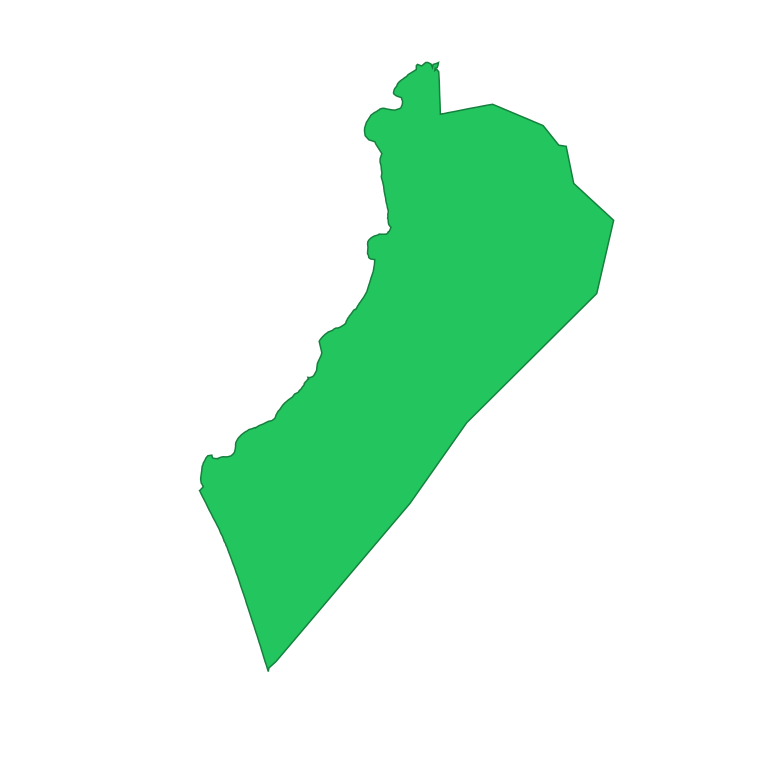 outline of Santa María Huazolotitlán, Oaxaca, Mexico, rotated 29°
{"feature_id": "50627088B3562448791337", "entity_name": "Santa María Huazolotitlán", "entity_type": "district", "adm_level": 2, "iso_a3": "MEX", "parent_name": "Mexico", "parent_adm1": "Oaxaca", "projection": "equal_earth", "projection_center": [-97.973, 16.191], "detail": "fine", "context": "isolated", "style": "filled", "palette": "green", "viewbox_px": 768, "rotation_deg": 29, "n_neighbors": 0, "source": "geoboundaries", "source_scale": "gbopen_adm2", "svg_char_len": 5242}
<svg xmlns="http://www.w3.org/2000/svg" viewBox="0 0 768 768"><g transform="rotate(29 384 384)"><path d="M505.5,129.5L476.4,122.4L452.7,116.6L428.1,87.8L421.1,90.4L398.0,80.9L397.5,80.9L366.6,84.2L343.4,86.7L338.6,90.5L327.9,99.4L325.2,101.6L313.8,111.3L307.6,116.4L307.5,116.6L305.7,118.1L305.5,118.3L304.1,119.5L303.9,119.4L302.5,120.7L297.5,112.3L296.6,110.8L292.6,104.3L289.4,98.9L285.8,92.8L280.5,84.4L277.6,83.2L276.5,85.2L275.6,83.0L277.1,81.3L276.7,79.1L276.3,78.0L275.8,76.4L274.7,78.0L272.0,80.7L272.9,83.7L270.1,81.4L266.5,81.5L264.6,82.6L262.7,87.6L258.4,88.2L257.9,89.7L259.8,93.4L255.1,101.7L254.6,104.4L254.1,105.0L253.8,105.6L253.4,106.2L253.0,107.4L252.5,108.6L251.9,109.5L251.7,110.3L251.1,111.6L250.7,112.8L250.4,114.5L250.4,115.7L250.8,117.7L250.5,118.4L250.3,119.3L250.2,120.6L250.3,122.0L250.7,123.4L251.0,124.3L251.2,124.9L251.7,125.3L252.5,125.7L255.1,126.0L257.7,125.6L259.2,125.3L260.7,125.2L261.5,126.4L263.2,127.7L264.3,130.2L264.5,131.0L264.9,134.4L263.8,135.9L262.4,137.4L260.9,139.1L258.3,140.3L255.5,141.3L255.1,141.5L254.4,141.6L253.9,141.8L253.5,142.0L252.7,142.3L252.3,142.4L251.3,142.5L250.7,142.8L249.9,143.1L249.0,143.6L248.3,144.3L247.8,144.9L247.2,145.4L247.0,145.7L246.9,146.6L246.3,147.2L245.7,148.7L245.1,149.8L244.5,150.5L244.2,151.1L243.7,151.9L243.1,153.4L242.3,155.0L241.9,162.0L241.9,162.3L241.8,163.0L241.8,163.8L241.9,164.4L242.1,165.2L242.1,165.4L242.1,165.6L242.2,165.9L243.0,169.5L243.9,171.5L244.3,172.2L247.2,176.0L252.4,177.8L255.7,177.1L258.8,176.6L260.3,178.0L270.4,183.5L271.4,188.8L272.9,191.7L274.0,192.9L275.0,193.9L276.0,195.0L276.3,195.5L276.6,196.0L277.3,197.1L277.7,197.6L279.1,199.5L280.0,200.6L280.3,201.7L281.1,204.0L282.2,205.3L282.8,205.8L283.6,206.6L285.6,208.7L286.2,209.4L287.6,211.0L290.7,215.3L291.7,216.5L294.6,219.9L295.2,220.5L295.8,221.4L296.2,222.0L297.3,223.4L298.6,224.9L299.8,225.9L301.1,227.7L302.1,228.8L303.6,230.2L304.5,231.9L304.9,233.5L306.2,235.6L306.9,237.5L307.5,237.8L307.8,238.2L308.4,238.9L308.9,239.8L309.6,240.8L310.3,241.6L311.1,242.4L311.3,242.4L313.7,243.6L314.1,243.5L314.5,246.2L314.5,247.8L313.9,249.2L314.3,249.5L313.5,251.6L313.4,251.8L308.9,254.4L307.1,255.2L307.1,255.3L306.7,256.3L306.4,256.6L303.5,259.6L301.9,262.4L301.5,263.6L301.0,265.4L300.9,267.4L301.7,269.4L303.7,272.2L305.7,276.6L306.5,278.1L308.0,279.0L309.4,280.8L311.5,281.2L315.6,279.7L317.5,283.7L320.1,291.0L321.2,297.3L321.7,299.5L322.5,303.0L322.7,304.5L323.4,307.7L323.8,309.8L324.2,311.2L324.2,314.4L324.2,314.5L324.2,317.7L324.2,317.8L323.7,322.1L323.6,323.7L323.6,323.8L323.3,325.3L323.3,326.8L323.1,328.7L323.2,330.1L323.3,330.3L323.1,332.3L322.9,332.2L322.1,333.5L321.7,334.1L321.5,336.1L321.1,339.6L320.7,341.2L320.8,342.1L320.7,343.0L320.5,343.7L320.5,344.7L320.6,345.8L320.6,347.0L320.6,347.9L321.1,349.1L320.5,351.2L318.1,355.5L316.9,357.0L316.3,357.5L314.7,358.5L313.5,360.4L313.0,361.8L313.0,362.0L310.6,364.9L310.0,365.5L309.5,366.8L308.5,368.9L307.4,372.4L306.7,375.9L306.6,378.1L314.3,386.6L315.0,388.7L315.3,391.7L315.5,395.4L315.8,398.4L318.5,405.0L318.5,410.4L318.0,412.2L316.0,414.4L314.2,415.1L315.5,416.3L315.2,416.4L314.8,417.6L315.0,418.5L314.4,419.9L314.2,420.3L314.2,420.5L314.3,420.9L314.3,421.3L314.2,421.4L314.0,421.9L314.0,422.0L314.1,422.3L314.2,422.7L314.5,423.2L314.5,423.7L314.4,424.2L314.4,424.3L314.5,424.4L314.4,424.8L314.3,425.1L314.0,426.4L314.0,427.0L313.9,428.7L313.6,429.5L313.3,430.0L313.3,430.3L313.3,430.6L313.2,431.0L313.0,431.5L313.2,431.9L312.9,433.1L310.7,436.1L310.2,439.9L308.2,443.9L307.7,445.3L306.2,449.3L306.1,449.9L305.7,451.5L305.5,453.5L305.2,457.1L304.6,458.9L304.6,463.3L305.2,466.3L305.1,467.2L303.7,470.4L301.1,472.6L299.2,475.3L297.9,477.3L294.8,481.1L292.8,484.8L292.4,484.6L291.3,485.8L290.1,487.3L289.3,488.1L288.0,489.2L287.1,491.3L286.1,492.7L285.0,495.0L284.1,497.1L283.6,498.6L282.8,501.9L282.7,503.8L282.8,507.0L283.1,507.8L283.6,509.1L284.4,510.4L284.7,511.2L285.5,513.2L286.3,516.1L286.0,518.3L285.1,520.8L284.8,521.3L282.5,523.5L280.7,524.6L278.7,525.5L277.0,526.9L274.9,529.4L275.1,529.7L274.9,529.9L271.3,531.5L269.8,531.7L268.5,530.4L267.9,529.7L264.7,532.2L264.1,535.3L264.4,537.6L264.3,539.5L264.3,540.8L264.6,541.8L264.9,542.7L264.8,543.9L265.7,546.1L266.6,548.1L267.2,549.8L269.6,555.9L272.2,559.3L273.1,559.7L275.8,561.5L275.5,562.0L275.4,562.8L275.3,563.4L275.2,563.8L275.1,564.2L275.0,564.5L274.8,565.2L274.8,565.6L274.6,566.2L274.3,566.6L275.4,567.3L277.8,569.1L282.3,572.1L285.8,574.4L289.7,577.2L292.1,578.9L295.7,581.2L298.8,583.4L301.6,585.2L304.3,586.9L307.3,589.0L309.6,590.4L313.6,593.7L316.2,595.3L319.3,597.9L320.5,599.1L322.2,600.0L323.1,600.7L324.1,601.8L325.4,602.5L326.1,603.1L328.3,605.1L332.1,608.3L335.3,611.0L337.8,613.3L340.3,615.4L342.8,617.4L345.9,620.4L349.3,623.2L352.7,626.4L356.8,630.3L360.5,633.6L364.4,637.1L367.5,639.9L368.6,641.1L370.7,643.1L374.0,646.1L377.2,649.1L379.8,651.5L382.1,653.7L386.1,657.4L388.9,659.9L389.8,660.8L392.3,663.2L394.8,665.4L397.3,667.8L400.3,670.7L403.8,673.9L406.0,676.2L408.8,678.8L410.7,680.7L414.2,684.1L417.6,687.1L419.9,689.4L422.0,691.4L422.2,691.6L421.0,688.2L424.1,679.1L437.1,614.0L450.2,548.0L464.6,475.9L469.5,430.2L475.1,377.8L526.2,201.7L505.5,129.5Z" fill="#22c55e" stroke="#15803d" stroke-width="1.5"/></g></svg>